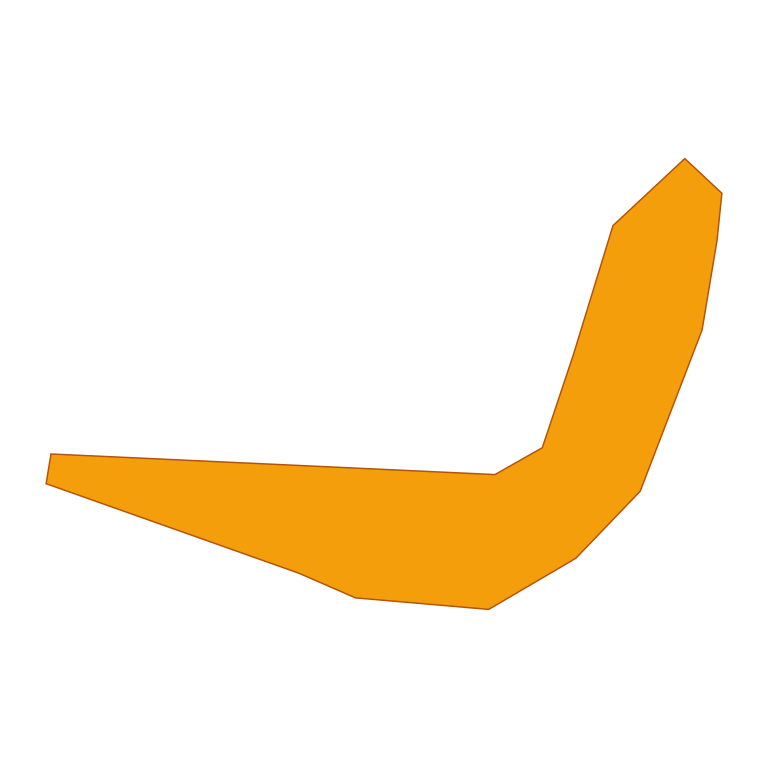 Malé, Albers equal-area conic projection
{"feature_id": "MDV-5234", "entity_name": "Malé", "entity_type": "Capital", "adm_level": 1, "iso_a3": "MDV", "parent_name": "Maldives", "parent_adm1": "", "projection": "albers", "projection_center": [73.515, 4.203], "detail": "fine", "context": "isolated", "style": "filled", "palette": "amber", "viewbox_px": 768, "rotation_deg": 0, "n_neighbors": 0, "source": "natural_earth", "source_scale": "10m", "svg_char_len": 322}
<svg xmlns="http://www.w3.org/2000/svg" viewBox="0 0 768 768"><path d="M684.8,158.6L721.9,193.3L717.0,240.5L702.1,329.9L640.2,491.2L575.9,558.2L488.7,609.4L355.5,597.9L298.6,573.1L46.1,483.7L51.0,454.0L494.9,474.6L542.3,447.7L573.4,354.7L613.0,225.6L684.8,158.6Z" fill="#f59e0b" stroke="#b45309" stroke-width="1.5"/></svg>